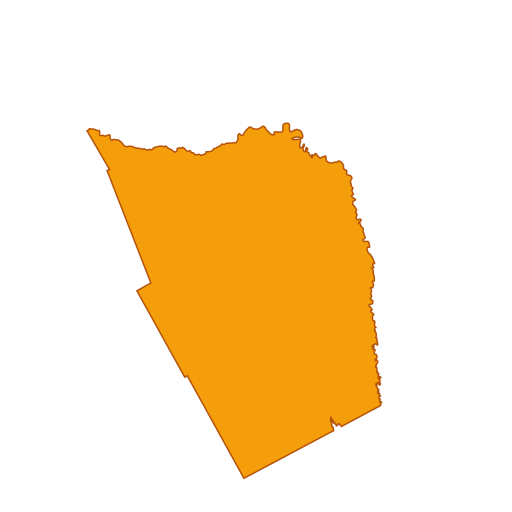 outline of General José de San Martín, Salta, Argentina, rotated 152°
{"feature_id": "61730980B17678477966583", "entity_name": "General José de San Martín", "entity_type": "district", "adm_level": 2, "iso_a3": "ARG", "parent_name": "Argentina", "parent_adm1": "Salta", "projection": "robinson", "projection_center": [-63.954, -22.826], "detail": "fine", "context": "isolated", "style": "filled", "palette": "amber", "viewbox_px": 512, "rotation_deg": 152, "n_neighbors": 0, "source": "geoboundaries", "source_scale": "gbopen_adm2", "svg_char_len": 6048}
<svg xmlns="http://www.w3.org/2000/svg" viewBox="0 0 512 512"><g transform="rotate(152 256 256)"><path d="M371.0,65.4L269.4,65.4L268.4,68.4L268.4,68.7L269.0,69.0L268.9,69.9L268.3,70.9L268.5,72.0L267.8,72.5L267.5,74.0L267.2,74.1L267.7,74.3L267.7,74.9L266.8,75.4L267.1,76.0L266.3,76.6L266.7,77.4L265.7,78.2L265.8,77.0L265.2,75.0L265.5,74.9L265.1,74.5L265.4,73.5L265.6,73.2L265.9,73.3L266.0,72.8L265.5,71.9L265.2,71.9L265.4,71.7L265.0,71.5L264.9,70.0L264.6,69.2L264.7,68.3L264.3,68.3L264.1,68.7L263.2,69.1L262.9,68.6L262.7,68.9L262.4,69.2L261.3,68.8L261.1,68.3L261.3,67.8L260.6,66.7L260.7,65.4L216.3,65.5L216.1,66.0L214.9,67.3L215.0,68.2L214.4,67.6L213.8,67.7L213.9,68.3L215.1,69.3L213.6,71.2L213.8,71.9L214.4,72.3L214.1,72.9L213.2,74.0L212.0,74.0L212.7,75.6L211.7,75.9L211.5,76.3L212.6,77.3L211.6,77.8L211.3,78.7L211.7,79.0L212.4,78.4L212.6,78.9L210.6,80.1L210.2,80.7L211.2,81.3L210.6,83.4L210.9,84.2L210.3,85.0L211.0,85.0L211.0,85.4L210.4,85.7L210.0,86.9L209.3,87.1L208.7,86.1L207.7,85.6L207.6,84.1L206.7,84.3L206.1,85.0L206.1,85.5L207.2,85.4L207.2,87.0L206.6,86.7L205.4,87.2L204.5,89.3L204.6,89.8L205.4,89.8L205.4,90.7L204.9,90.8L204.7,90.2L204.1,89.9L203.0,90.0L202.7,90.4L203.2,91.0L204.1,90.6L204.0,91.9L204.7,92.1L204.6,92.8L203.0,94.1L203.0,95.1L203.9,95.7L204.1,96.3L203.4,96.4L202.9,97.4L203.2,98.4L202.5,99.2L201.7,100.9L202.6,101.8L202.5,102.1L201.9,102.6L201.3,102.7L200.8,103.9L199.5,104.2L198.4,105.2L198.0,105.9L197.9,106.5L198.4,107.8L199.6,107.7L199.3,108.8L197.6,109.1L196.6,110.0L196.1,111.0L196.2,112.7L197.4,113.7L196.8,115.6L194.9,117.1L195.0,117.7L196.2,117.9L196.5,118.4L196.5,119.6L195.9,119.8L194.9,119.6L194.7,119.9L194.8,120.4L195.9,120.7L196.0,121.6L195.5,121.8L194.3,121.3L194.1,121.8L194.7,122.1L194.5,122.5L194.1,122.6L192.7,122.2L192.0,122.6L191.4,122.2L190.7,120.5L190.2,120.6L189.1,123.3L188.9,124.9L187.9,126.5L188.0,126.8L188.5,126.9L188.5,127.6L188.0,128.3L187.3,128.8L186.3,131.1L186.1,132.6L186.6,133.6L185.7,134.3L186.2,135.0L185.4,135.8L184.9,136.8L184.6,137.0L183.7,136.8L184.1,138.6L183.2,140.6L182.1,141.7L181.9,143.2L182.6,143.3L183.0,143.8L182.8,145.6L181.4,148.1L179.8,148.9L179.4,149.4L180.9,153.1L180.1,154.1L178.9,153.9L178.6,154.2L178.8,156.3L179.7,159.1L179.1,159.6L177.8,159.7L176.0,159.2L175.1,159.5L173.8,161.8L175.1,163.6L175.2,164.6L173.2,165.7L172.7,166.3L172.2,169.4L170.4,170.7L170.2,171.2L170.2,173.7L169.9,174.2L169.5,174.2L168.2,173.2L167.8,173.2L166.0,175.0L165.6,175.7L165.3,178.7L164.8,179.0L163.5,178.4L162.9,178.9L161.3,182.3L160.6,185.8L159.2,188.2L159.6,190.9L157.6,190.4L157.3,191.1L157.4,192.7L156.9,194.0L156.4,194.2L154.9,193.7L154.5,194.2L154.0,200.3L154.3,201.9L154.2,203.6L155.1,205.2L155.4,206.6L155.0,209.3L154.5,210.5L153.7,211.2L152.7,211.2L151.9,210.5L151.4,210.5L150.6,212.6L150.0,215.5L150.5,216.4L153.7,218.2L154.4,219.2L153.8,220.4L151.7,220.5L150.8,221.2L150.6,224.3L149.9,226.2L150.1,227.4L148.6,229.3L148.6,230.9L149.5,233.5L148.8,234.9L148.9,235.4L149.2,236.3L150.1,236.5L149.1,237.5L147.9,237.3L146.9,237.8L146.2,238.9L146.4,239.4L147.2,239.8L149.4,240.3L149.9,241.4L149.9,242.4L149.5,243.2L147.5,244.9L147.2,246.1L147.8,247.2L147.6,247.9L146.1,248.8L145.5,249.8L145.7,254.0L146.4,255.7L145.6,258.1L144.6,258.7L142.1,258.8L141.6,259.3L141.7,259.8L143.4,262.3L143.4,264.3L142.6,264.7L141.5,264.4L141.1,264.7L140.7,269.0L140.0,269.2L138.8,270.2L138.5,270.8L139.2,273.3L138.2,274.7L138.0,276.9L136.2,279.0L135.0,279.4L134.5,280.1L134.8,282.5L137.4,285.0L137.6,285.5L137.1,286.7L136.1,288.0L136.0,288.7L136.1,289.5L137.2,290.7L137.6,292.5L136.2,294.7L136.3,297.2L137.1,299.8L138.3,301.1L140.8,300.9L142.3,302.0L143.7,302.0L145.1,302.6L146.7,302.9L147.3,304.0L148.9,305.7L148.9,307.5L148.6,308.8L147.7,310.7L147.7,311.6L148.4,312.0L149.2,311.6L150.8,312.4L153.4,312.1L154.6,315.4L154.9,318.0L155.2,318.4L155.9,318.7L157.3,317.3L157.8,317.6L158.8,319.0L159.2,319.1L159.5,318.8L159.8,316.7L160.1,316.4L160.4,316.5L161.2,319.5L161.0,322.6L162.0,323.8L162.2,324.5L161.3,325.4L160.2,325.9L160.1,327.1L160.5,327.9L160.9,328.0L161.6,327.4L163.1,325.2L163.8,325.2L164.7,325.8L164.4,328.3L163.4,329.5L161.4,330.8L161.1,331.4L161.1,332.2L161.8,332.2L163.1,330.7L163.6,330.5L165.6,330.5L166.2,330.9L166.3,331.6L165.1,333.9L162.4,336.9L162.2,338.2L163.6,339.3L165.5,339.7L168.3,341.2L169.0,341.7L169.2,342.6L166.7,342.8L163.7,341.8L161.9,340.6L160.6,338.4L160.1,338.2L159.2,338.8L158.5,339.8L158.0,341.2L157.6,343.9L158.2,346.3L160.5,348.5L162.5,349.1L166.1,349.0L167.1,349.4L167.4,350.6L167.2,351.9L164.9,356.0L164.9,357.3L165.5,358.2L168.1,359.5L170.4,359.2L171.1,358.4L173.3,354.1L174.7,353.5L175.7,353.6L181.1,356.8L182.2,356.4L182.8,354.6L184.1,354.9L184.9,355.6L186.1,357.3L186.6,360.0L187.6,362.1L187.6,365.3L188.2,366.8L189.5,367.4L191.9,367.0L194.9,367.2L197.6,368.7L198.8,369.9L200.2,372.3L201.3,372.9L205.3,371.8L207.7,370.8L210.6,368.9L211.4,368.8L212.4,369.6L213.2,371.7L213.8,371.9L215.7,370.6L217.1,367.4L220.6,365.3L221.4,365.6L222.3,366.5L224.2,366.9L225.9,368.0L229.4,369.4L232.1,369.4L233.1,370.7L233.6,370.8L235.9,370.0L238.3,370.3L241.2,370.0L243.1,370.6L245.1,369.3L248.4,370.1L251.1,371.4L251.8,370.4L252.8,370.0L257.2,370.6L257.7,370.9L257.9,371.9L258.5,372.6L260.8,373.2L262.4,374.2L262.9,376.6L264.7,377.9L264.5,379.6L265.0,380.1L267.0,380.3L267.8,381.4L269.1,385.4L269.8,386.4L271.4,386.4L273.2,387.6L274.7,387.9L275.3,387.7L275.9,386.5L276.5,385.8L278.7,385.7L279.8,387.2L280.4,388.9L283.2,392.9L283.5,394.4L284.3,395.5L286.1,395.8L288.0,397.6L290.0,398.4L295.2,399.6L298.4,398.7L299.8,400.1L302.2,400.3L304.0,402.7L306.5,404.0L308.6,406.0L310.9,407.5L312.4,408.9L313.8,410.8L316.0,412.3L318.4,413.0L320.0,414.2L320.8,415.2L321.2,418.9L322.9,422.9L327.2,425.9L327.8,426.0L328.8,425.6L329.5,426.1L329.5,428.9L328.7,429.8L328.2,431.4L329.2,432.1L333.2,432.7L334.3,434.3L337.0,435.4L337.3,436.3L335.8,438.9L335.6,440.5L337.1,441.1L339.7,444.3L341.6,445.2L342.6,446.3L343.4,446.6L345.1,445.7L346.4,446.0L344.7,401.0L347.4,401.4L361.5,281.5L377.5,281.2L375.8,182.4L372.9,182.5L371.0,65.4Z" fill="#f59e0b" stroke="#b45309" stroke-width="1.5"/></g></svg>